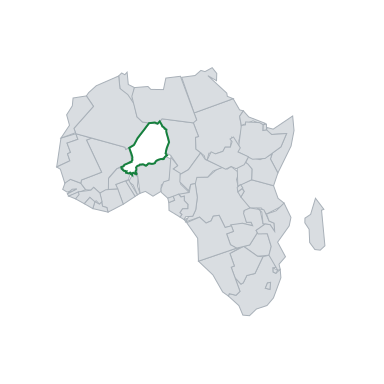 Africa, with Niger highlighted, rotated 340°
{"feature_id": "NER", "entity_name": "Niger", "entity_type": "country or territory", "adm_level": 0, "iso_a3": "NER", "parent_name": "Africa", "parent_adm1": "", "projection": "mercator", "projection_center": [6.366, 17.607], "detail": "fine", "context": "in_parent", "style": "outline", "palette": "green", "viewbox_px": 384, "rotation_deg": 340, "n_neighbors": 49, "source": "natural_earth", "source_scale": "50m", "svg_char_len": 12853}
<svg xmlns="http://www.w3.org/2000/svg" viewBox="0 0 384 384"><g transform="rotate(340 192 192)"><path d="M252.2,200.9L270.8,214.0L270.7,227.4L274.7,233.9L271.9,236.0L254.5,238.2L251.6,230.7L241.1,226.9L237.2,220.5L236.2,213.4L241.2,209.3L240.0,201.5L252.2,200.9Z" fill="#d9dde1" stroke="#a8b0b8" stroke-width="1"/><path d="M102.8,97.5L102.8,103.5L91.3,103.3L91.4,113.2L88.1,113.5L87.9,120.9L73.4,122.2L87.3,96.5L102.8,97.5Z" fill="#d9dde1" stroke="#a8b0b8" stroke-width="1"/><path d="M236.2,213.4L241.1,226.9L234.1,227.6L232.8,239.2L237.2,240.6L237.5,244.5L228.6,238.6L211.0,236.7L209.5,223.2L203.7,222.0L200.0,225.7L194.6,226.0L190.5,218.2L176.0,217.9L181.0,213.4L184.4,215.0L189.4,210.0L195.1,199.0L198.3,182.8L201.6,179.9L211.9,183.4L223.3,179.1L229.3,179.2L233.0,182.5L237.5,181.4L242.6,189.8L238.1,195.5L236.2,213.4Z" fill="#d9dde1" stroke="#a8b0b8" stroke-width="1"/><path d="M279.2,203.5L277.0,187.8L281.1,182.7L291.0,180.0L300.9,169.4L286.5,165.2L282.6,160.2L284.6,157.1L289.8,160.7L312.6,155.0L308.9,169.1L300.8,182.7L279.2,203.5Z" fill="#d9dde1" stroke="#a8b0b8" stroke-width="1"/><path d="M270.8,214.0L252.2,200.9L256.2,190.9L252.6,182.6L257.1,178.2L267.0,184.9L280.1,183.8L277.0,187.8L279.2,203.5L270.8,214.0Z" fill="#d9dde1" stroke="#a8b0b8" stroke-width="1"/><path d="M219.5,168.6L216.8,167.0L215.6,166.0L215.9,162.0L210.2,153.0L214.0,141.8L217.1,142.1L216.9,125.9L221.0,125.9L221.0,118.4L262.6,118.4L264.8,131.1L268.0,133.3L262.6,137.2L260.5,149.5L253.5,160.0L252.5,167.0L248.1,154.2L243.3,163.0L238.5,161.2L234.9,164.4L227.1,164.2L221.2,161.3L217.1,167.2L219.5,168.6Z" fill="#d9dde1" stroke="#a8b0b8" stroke-width="1"/><path d="M216.9,127.5L217.1,142.1L214.0,141.8L210.2,153.0L213.5,158.2L196.3,169.8L186.9,171.4L182.2,163.9L187.5,162.3L184.5,150.3L180.8,146.6L186.8,138.4L189.1,124.5L185.4,115.1L188.9,113.0L216.9,127.5Z" fill="#d9dde1" stroke="#a8b0b8" stroke-width="1"/><path d="M190.6,302.2L192.3,300.3L198.0,304.1L203.1,301.8L203.1,287.3L206.5,295.3L209.1,294.9L215.0,289.2L223.3,290.1L236.5,277.1L242.7,277.7L245.3,285.8L245.0,291.5L242.2,291.0L240.9,295.0L243.0,297.1L248.4,295.0L246.2,303.0L232.3,319.4L223.7,324.3L212.5,324.0L203.7,327.9L197.7,325.1L197.2,314.8L190.6,302.2ZM234.9,303.8L231.8,303.3L228.0,307.5L231.9,310.2L234.9,303.8Z" fill="#d9dde1" stroke="#a8b0b8" stroke-width="1"/><path d="M234.9,303.8L231.9,310.2L228.0,307.5L231.8,303.3L234.9,303.8Z" fill="#d9dde1" stroke="#a8b0b8" stroke-width="1"/><path d="M242.7,277.7L231.6,274.8L221.9,260.8L228.1,261.5L239.5,252.6L248.5,257.0L247.8,270.3L242.7,277.7Z" fill="#d9dde1" stroke="#a8b0b8" stroke-width="1"/><path d="M236.5,277.1L223.3,290.1L215.0,289.2L209.1,294.9L206.5,295.3L203.1,287.3L203.1,276.1L206.5,276.0L206.6,262.7L221.9,260.8L231.6,274.8L236.5,277.1Z" fill="#d9dde1" stroke="#a8b0b8" stroke-width="1"/><path d="M203.1,276.1L203.1,301.8L198.0,304.1L192.3,300.3L190.6,302.2L186.6,296.4L183.3,277.1L174.4,259.2L221.2,260.2L206.6,262.7L206.5,276.0L203.1,276.1Z" fill="#d9dde1" stroke="#a8b0b8" stroke-width="1"/><path d="M74.6,149.4L71.4,145.3L76.7,139.0L82.1,138.5L90.5,145.7L92.9,153.5L74.7,153.7L74.2,151.0L84.7,149.7L74.6,149.4Z" fill="#d9dde1" stroke="#a8b0b8" stroke-width="1"/><path d="M92.9,153.5L90.5,145.7L92.3,142.9L113.8,142.5L110.6,107.1L116.0,107.0L144.3,127.0L144.3,129.4L148.2,129.0L146.0,142.2L129.5,144.4L119.2,149.8L114.3,161.0L105.1,161.5L101.2,154.0L97.6,155.7L92.9,153.5Z" fill="#d9dde1" stroke="#a8b0b8" stroke-width="1"/><path d="M73.4,122.2L87.9,120.9L88.1,113.5L91.4,113.2L91.3,103.3L102.8,103.5L102.8,97.5L116.0,107.0L110.6,107.1L113.8,142.5L92.3,142.9L90.5,145.7L82.1,138.5L75.5,140.2L76.1,125.6L73.4,122.2Z" fill="#d9dde1" stroke="#a8b0b8" stroke-width="1"/><path d="M142.7,175.5L139.8,176.0L139.1,165.4L136.0,160.6L143.2,154.3L146.6,159.7L142.8,167.6L142.7,175.5Z" fill="#d9dde1" stroke="#a8b0b8" stroke-width="1"/><path d="M142.7,175.5L148.6,148.8L164.9,152.2L179.2,149.4L184.4,154.8L174.5,173.0L165.6,174.9L163.1,180.8L153.9,182.6L148.4,175.5L142.7,175.5Z" fill="#d9dde1" stroke="#a8b0b8" stroke-width="1"/><path d="M184.1,152.0L187.5,162.3L182.2,163.9L187.4,170.5L184.1,180.9L189.2,191.5L167.1,189.5L163.0,181.8L164.0,178.3L168.8,172.8L174.5,173.0L184.1,152.0Z" fill="#d9dde1" stroke="#a8b0b8" stroke-width="1"/><path d="M136.4,158.7L139.8,176.0L137.0,176.7L133.1,159.8L136.4,158.7Z" fill="#d9dde1" stroke="#a8b0b8" stroke-width="1"/><path d="M133.3,158.6L137.0,176.7L123.2,180.0L122.9,158.8L133.3,158.6Z" fill="#d9dde1" stroke="#a8b0b8" stroke-width="1"/><path d="M105.1,161.5L111.5,160.4L123.3,163.6L123.2,180.0L106.2,182.2L106.7,177.5L103.1,174.8L105.1,161.5Z" fill="#d9dde1" stroke="#a8b0b8" stroke-width="1"/><path d="M85.2,153.0L97.6,155.7L101.2,154.0L105.1,161.5L104.2,170.5L100.9,171.8L99.0,167.5L96.4,168.1L94.2,162.1L86.8,166.2L80.2,158.6L85.2,153.0Z" fill="#d9dde1" stroke="#a8b0b8" stroke-width="1"/><path d="M74.7,153.7L85.2,153.0L85.0,155.8L80.2,158.6L74.7,153.7Z" fill="#d9dde1" stroke="#a8b0b8" stroke-width="1"/><path d="M103.6,170.5L103.1,174.8L106.7,177.5L106.2,182.2L93.1,173.7L97.4,167.9L100.9,171.8L103.6,170.5Z" fill="#d9dde1" stroke="#a8b0b8" stroke-width="1"/><path d="M86.8,166.2L94.2,162.1L97.4,167.9L93.1,173.7L86.8,166.2Z" fill="#d9dde1" stroke="#a8b0b8" stroke-width="1"/><path d="M114.3,161.0L118.2,150.7L129.5,144.4L134.6,144.6L136.8,152.1L140.9,152.9L136.4,158.7L122.9,158.8L123.3,163.6L114.3,161.0Z" fill="#d9dde1" stroke="#a8b0b8" stroke-width="1"/><path d="M229.3,179.2L218.9,179.6L211.9,183.4L201.6,179.9L198.0,185.2L193.4,184.5L189.4,189.6L184.0,178.4L186.9,171.4L196.3,169.8L213.5,158.2L215.6,166.0L229.3,179.2Z" fill="#d9dde1" stroke="#a8b0b8" stroke-width="1"/><path d="M198.0,185.2L195.1,199.0L189.4,210.0L184.4,215.0L177.5,213.1L175.1,215.2L172.2,211.5L174.8,209.6L173.5,207.3L177.4,204.4L182.3,206.2L183.9,202.2L181.8,197.4L183.3,193.3L179.9,192.9L179.1,189.6L189.2,191.5L193.4,184.5L198.0,185.2Z" fill="#d9dde1" stroke="#a8b0b8" stroke-width="1"/><path d="M172.8,189.6L178.7,189.4L179.9,192.9L183.3,193.3L181.8,197.4L183.9,202.2L182.3,206.2L177.4,204.4L173.5,207.3L174.8,209.6L172.2,211.5L164.1,201.4L166.6,194.0L172.8,193.8L172.8,189.6Z" fill="#d9dde1" stroke="#a8b0b8" stroke-width="1"/><path d="M167.1,189.5L172.8,189.6L172.8,193.8L166.6,194.0L167.1,189.5Z" fill="#d9dde1" stroke="#a8b0b8" stroke-width="1"/><path d="M241.1,226.9L249.9,231.7L247.9,246.1L249.8,247.1L239.1,250.0L239.5,252.6L228.1,261.5L214.7,260.0L210.1,254.7L210.2,243.2L217.5,243.2L217.2,236.1L228.6,238.6L237.5,244.5L237.2,240.6L232.8,239.2L233.1,229.8L235.0,227.2L241.1,226.9Z" fill="#d9dde1" stroke="#a8b0b8" stroke-width="1"/><path d="M248.2,230.1L253.5,233.4L254.5,245.6L258.5,249.4L256.2,257.4L254.2,249.4L247.9,246.1L250.7,234.7L248.2,230.1Z" fill="#d9dde1" stroke="#a8b0b8" stroke-width="1"/><path d="M254.5,238.2L264.7,238.4L274.7,233.9L276.3,249.7L271.7,257.1L255.3,268.4L257.7,284.8L249.1,289.6L248.4,295.0L245.8,294.9L242.7,277.7L247.8,270.3L248.5,257.0L239.7,254.0L239.1,250.0L249.8,247.1L254.2,249.4L256.2,257.4L258.5,249.4L254.5,245.6L254.5,238.2Z" fill="#d9dde1" stroke="#a8b0b8" stroke-width="1"/><path d="M245.8,294.9L243.0,297.1L240.9,295.0L242.2,291.0L245.8,294.9Z" fill="#d9dde1" stroke="#a8b0b8" stroke-width="1"/><path d="M175.1,215.2L177.6,215.1L176.0,217.9L175.1,215.2ZM176.5,219.0L190.5,218.2L194.6,226.0L200.0,225.7L203.7,222.0L209.5,223.2L211.0,236.7L217.5,237.2L217.5,243.2L210.2,243.2L210.1,254.7L214.7,260.0L174.4,259.2L181.5,237.4L176.5,219.0Z" fill="#d9dde1" stroke="#a8b0b8" stroke-width="1"/><path d="M240.2,206.0L241.2,209.3L236.2,213.4L235.1,207.5L240.2,206.0Z" fill="#d9dde1" stroke="#a8b0b8" stroke-width="1"/><path d="M305.9,240.1L310.0,253.4L307.5,253.4L298.5,288.0L292.6,290.5L287.8,288.1L285.3,279.7L289.3,267.1L287.5,259.6L289.2,255.2L295.8,253.6L305.9,240.1Z" fill="#d9dde1" stroke="#a8b0b8" stroke-width="1"/><path d="M74.2,151.0L80.3,148.4L84.7,149.7L74.2,151.0Z" fill="#d9dde1" stroke="#a8b0b8" stroke-width="1"/><path d="M166.5,85.9L159.7,70.1L162.8,57.9L166.6,56.1L169.0,58.8L172.0,57.2L168.9,69.2L173.6,74.2L166.5,85.9Z" fill="#d9dde1" stroke="#a8b0b8" stroke-width="1"/><path d="M102.8,97.5L102.8,91.8L128.7,77.8L125.6,65.6L129.0,63.2L138.4,59.4L162.8,57.9L159.7,70.1L165.0,78.5L167.7,89.4L166.0,102.6L169.4,109.3L175.4,112.8L153.2,127.4L144.3,129.4L144.3,127.0L102.8,97.5Z" fill="#d9dde1" stroke="#a8b0b8" stroke-width="1"/><path d="M261.1,146.4L262.6,137.2L268.0,133.3L271.0,140.9L284.4,152.6L281.9,153.2L273.7,146.0L261.1,146.4Z" fill="#d9dde1" stroke="#a8b0b8" stroke-width="1"/><path d="M87.3,96.5L99.7,87.4L100.6,76.6L109.0,70.1L112.4,63.0L125.6,65.6L128.7,77.8L102.8,91.8L102.8,96.5L87.3,96.5Z" fill="#d9dde1" stroke="#a8b0b8" stroke-width="1"/><path d="M262.6,118.4L221.0,118.4L221.5,80.7L234.7,83.6L241.9,80.8L245.4,83.3L253.5,82.1L255.8,89.1L253.1,95.8L246.7,88.1L258.5,111.0L257.9,114.2L262.6,118.4Z" fill="#d9dde1" stroke="#a8b0b8" stroke-width="1"/><path d="M220.7,79.3L221.0,125.9L216.9,127.5L188.9,113.0L182.9,116.5L169.4,109.3L166.0,102.6L168.2,81.5L173.6,74.2L186.7,77.8L188.4,81.5L200.2,86.0L206.4,76.0L220.7,79.3Z" fill="#d9dde1" stroke="#a8b0b8" stroke-width="1"/><path d="M300.9,169.4L291.0,180.0L272.1,185.5L260.1,181.9L248.9,170.1L261.1,146.4L265.2,147.2L266.3,144.5L279.2,149.9L281.9,153.2L279.8,158.5L283.3,159.0L286.5,165.2L300.9,169.4Z" fill="#d9dde1" stroke="#a8b0b8" stroke-width="1"/><path d="M281.9,153.2L285.2,153.7L283.3,159.0L279.8,158.5L281.9,153.2Z" fill="#d9dde1" stroke="#a8b0b8" stroke-width="1"/><path d="M252.2,200.9L237.0,202.3L242.9,184.3L252.6,182.6L254.2,185.1L256.2,190.9L252.2,200.9Z" fill="#d9dde1" stroke="#a8b0b8" stroke-width="1"/><path d="M240.0,201.5L241.2,205.6L235.1,207.5L236.0,203.2L240.0,201.5Z" fill="#d9dde1" stroke="#a8b0b8" stroke-width="1"/><path d="M241.4,185.2L237.5,181.4L231.4,182.1L217.1,167.2L223.7,160.8L227.1,164.2L234.9,164.4L238.5,161.2L243.3,163.0L246.9,158.4L245.8,155.2L249.8,154.5L252.5,167.0L248.9,170.1L257.1,178.2L250.4,184.2L241.4,185.2Z" fill="#d9dde1" stroke="#a8b0b8" stroke-width="1"/><path d="M181.0,149.0L180.4,149.0L180.0,149.1L179.5,149.5L179.0,149.6L178.4,149.9L178.0,150.2L177.7,150.4L177.1,150.8L177.0,151.2L176.5,151.3L175.8,151.2L175.3,150.8L174.3,150.5L173.6,150.3L173.3,150.3L171.7,150.2L170.0,150.3L169.1,150.5L168.5,150.8L168.1,151.0L167.0,152.2L165.5,152.2L164.7,152.0L164.0,151.9L162.9,151.3L161.7,150.5L161.2,150.4L160.7,150.3L159.1,151.2L158.8,151.1L158.4,151.2L158.2,151.4L158.0,151.5L157.8,151.6L157.6,151.5L157.4,151.4L157.1,151.1L156.5,150.2L156.4,150.1L156.1,149.8L155.7,149.4L155.4,149.2L155.2,149.1L153.7,148.8L152.5,148.4L152.3,148.4L152.1,148.5L151.6,148.8L151.2,148.9L150.5,148.8L150.2,148.8L149.6,148.9L149.3,149.0L148.8,149.2L148.1,149.7L148.0,149.8L147.8,149.9L147.6,151.3L147.4,151.8L147.1,152.3L146.5,152.9L146.0,153.2L146.0,153.7L146.0,154.4L146.0,154.9L146.0,155.2L146.0,155.4L145.9,155.5L146.1,155.8L146.1,156.0L145.9,156.2L145.6,155.9L145.4,155.7L145.0,155.6L144.8,155.4L144.7,155.2L144.3,154.7L143.4,153.8L143.1,153.8L142.8,153.9L142.7,154.0L142.4,154.1L141.9,154.2L141.6,154.3L141.5,154.5L141.7,155.1L141.6,155.5L141.5,155.3L141.0,154.6L140.6,154.1L140.5,153.8L140.7,153.7L141.0,153.6L141.0,153.2L140.8,152.8L140.6,152.6L140.3,152.6L140.1,152.6L139.7,152.9L139.1,152.9L138.7,152.8L138.5,152.7L137.8,152.1L137.1,151.5L136.8,151.4L136.7,151.4L136.7,150.9L136.7,150.4L136.7,150.2L137.0,150.3L137.4,150.3L137.5,150.2L137.2,150.1L136.8,149.8L136.7,149.5L136.6,149.4L136.4,149.3L136.2,149.3L136.0,149.2L135.9,149.1L135.7,149.1L135.4,149.0L135.1,148.5L134.8,148.0L134.6,147.7L134.5,147.4L134.6,147.0L134.5,146.9L134.1,146.5L133.8,146.1L133.9,145.6L134.0,145.1L134.0,144.8L134.0,144.6L134.1,144.4L134.3,144.4L134.8,144.4L135.8,144.5L136.6,144.4L137.2,143.8L137.8,143.3L138.8,143.3L139.8,143.2L140.6,143.2L141.7,143.1L142.7,143.1L143.8,143.1L143.8,142.8L144.0,142.8L144.8,142.9L145.5,143.0L145.6,142.5L146.3,142.0L146.6,141.9L146.9,141.6L146.9,141.3L147.0,141.0L147.1,140.9L147.2,140.5L147.3,140.0L147.7,139.4L147.9,138.5L148.0,137.7L148.0,137.1L148.1,135.9L148.1,134.9L148.1,133.9L148.1,132.8L148.1,131.8L148.1,130.7L148.1,129.7L148.1,129.1L148.9,128.9L149.6,128.8L150.8,128.5L152.1,128.3L153.4,128.0L153.7,127.8L154.8,126.9L155.2,126.5L156.2,125.6L156.9,125.0L157.8,124.1L158.7,123.3L159.5,122.6L160.7,121.9L162.5,120.7L164.3,119.6L166.2,118.4L168.0,117.3L169.8,116.1L171.6,114.9L173.4,113.8L175.2,112.6L177.1,113.1L178.8,113.5L180.6,113.9L181.0,114.1L181.9,115.0L183.1,116.0L184.3,115.4L185.8,114.6L186.2,116.8L186.5,118.7L186.5,119.9L186.5,120.2L186.6,120.4L186.9,120.6L188.0,122.3L187.8,122.6L187.9,123.2L188.2,123.4L189.1,124.4L189.3,124.6L189.2,124.8L188.6,126.0L188.5,126.3L188.3,127.8L188.2,128.9L188.1,130.3L188.0,132.1L187.9,133.6L187.7,135.5L187.5,137.3L186.6,138.3L185.0,140.1L183.7,141.6L183.0,142.5L181.7,144.4L181.1,145.6L180.7,146.3L180.4,146.6L180.6,147.4L181.0,149.0Z" fill="none" stroke="#15803d" stroke-width="2"/></g></svg>